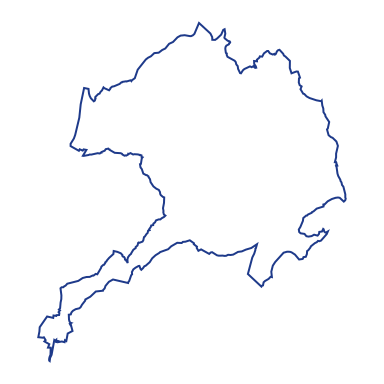 outline of Nicolás Bravo, Puebla, Mexico
{"feature_id": "50627088B2780893522991", "entity_name": "Nicolás Bravo", "entity_type": "district", "adm_level": 2, "iso_a3": "MEX", "parent_name": "Mexico", "parent_adm1": "Puebla", "projection": "natural_earth1", "projection_center": [-97.351, 18.613], "detail": "fine", "context": "isolated", "style": "outline", "palette": "blue", "viewbox_px": 384, "rotation_deg": 0, "n_neighbors": 0, "source": "geoboundaries", "source_scale": "gbopen_adm2", "svg_char_len": 5893}
<svg xmlns="http://www.w3.org/2000/svg" viewBox="0 0 384 384"><path d="M86.5,277.0L82.7,278.0L78.3,280.9L67.3,283.7L65.5,285.7L64.2,286.3L63.4,287.2L61.6,287.3L60.5,288.3L61.4,295.3L61.3,299.1L60.6,302.5L60.1,308.2L58.9,309.6L60.0,310.4L58.6,312.1L59.4,313.0L59.1,315.0L56.4,315.2L56.2,315.9L53.5,315.5L53.2,317.9L47.1,316.5L39.7,327.2L39.4,331.6L38.3,337.2L42.8,337.7L43.9,337.3L45.6,340.1L44.4,341.4L49.3,344.2L48.0,347.6L50.7,347.7L50.5,354.7L49.5,357.2L49.1,359.2L49.2,360.6L49.7,361.0L50.1,357.9L51.6,354.8L54.3,340.0L55.1,340.7L56.2,339.8L56.0,342.8L56.7,340.8L58.5,341.1L58.3,342.1L61.9,341.5L64.6,342.2L65.0,340.2L66.3,341.0L67.7,333.5L72.5,331.0L71.0,325.2L70.7,325.4L69.8,323.8L71.2,323.0L70.3,322.7L69.5,321.5L69.0,319.6L68.8,314.7L70.8,314.4L71.4,312.5L72.9,310.8L75.6,309.2L79.3,308.3L80.6,307.2L82.0,304.7L85.2,300.6L85.3,299.5L90.3,296.7L95.8,291.5L103.0,290.7L103.2,289.9L104.6,288.5L105.5,285.9L108.9,281.8L113.0,279.5L128.1,283.0L128.3,282.1L129.2,281.0L131.2,275.2L132.1,274.3L131.9,272.1L133.3,269.4L135.5,267.7L138.5,266.0L139.4,265.9L140.6,269.1L141.3,269.8L142.9,268.3L144.4,266.2L145.6,265.8L149.7,262.2L152.2,258.3L155.6,255.2L159.3,252.9L160.1,252.1L168.2,249.2L171.2,246.3L177.2,242.8L181.7,243.0L182.8,241.9L185.4,241.7L189.8,240.3L194.0,243.3L193.8,244.2L197.0,246.7L196.7,247.9L198.4,250.8L201.1,249.4L209.2,253.9L210.7,252.5L212.1,252.2L217.0,255.3L218.9,255.7L222.7,255.6L224.4,255.9L226.1,255.8L228.1,254.8L230.6,255.0L233.2,254.6L238.0,251.9L241.8,251.4L245.9,249.6L251.3,248.0L257.0,244.2L255.9,248.2L255.4,248.6L255.4,249.9L254.2,253.7L252.3,257.5L247.9,274.0L261.4,286.6L262.0,285.7L263.0,285.4L263.6,282.3L265.0,281.0L268.6,278.9L270.6,276.8L271.9,277.1L271.3,271.7L272.8,265.7L275.2,262.0L283.6,252.7L287.1,251.7L289.9,251.8L291.5,252.3L295.0,254.6L299.1,259.5L302.4,259.0L302.9,258.7L303.5,257.1L305.8,256.8L306.9,254.0L307.1,251.1L308.3,250.2L310.4,247.5L310.8,246.4L314.9,243.1L316.8,242.2L318.0,240.9L319.3,241.2L321.0,240.6L326.7,234.1L327.8,231.5L326.1,232.5L325.3,232.5L324.3,231.6L323.6,229.2L323.2,228.9L322.0,231.5L319.3,231.9L319.0,233.9L317.6,235.6L314.1,234.7L311.6,236.1L308.5,236.6L306.4,236.2L304.5,233.9L300.6,233.3L299.2,232.0L298.8,229.5L300.4,226.9L302.9,220.9L303.3,218.0L306.3,215.5L307.1,215.5L308.0,214.5L311.7,212.8L311.9,212.2L313.5,211.4L316.7,208.6L323.5,206.5L323.3,203.7L324.0,205.0L327.7,201.3L331.9,199.0L335.6,197.8L338.0,197.5L339.7,197.8L343.8,201.6L345.2,200.3L345.7,198.6L345.3,197.5L345.3,194.3L343.4,186.7L342.0,184.9L341.5,182.4L340.5,180.9L340.3,179.7L338.3,176.1L337.5,173.7L336.6,167.2L336.1,166.0L337.3,165.7L336.8,164.4L336.3,164.7L336.4,162.9L336.1,162.1L334.9,162.1L336.1,157.3L336.1,153.6L337.9,145.9L336.4,141.5L332.6,137.8L330.9,137.1L328.6,135.2L327.0,129.4L327.8,128.5L329.2,122.0L325.5,116.4L325.2,114.8L323.5,112.2L323.3,108.5L322.3,105.5L321.7,100.6L321.2,101.2L316.4,100.3L309.5,98.0L306.6,96.4L304.3,94.0L303.2,93.7L300.5,89.2L301.6,86.4L299.7,85.2L298.8,82.5L299.0,78.3L300.0,77.7L297.9,71.6L296.4,71.5L291.5,73.3L289.8,68.0L289.9,60.9L285.4,56.5L283.9,55.5L283.2,53.8L279.5,49.8L278.1,50.2L276.9,51.4L275.9,53.8L275.2,54.5L274.6,54.6L274.3,53.9L272.7,54.5L269.8,53.3L268.2,51.0L267.1,51.0L263.9,53.4L262.2,56.6L259.8,56.4L259.4,57.6L256.9,59.7L257.0,61.3L254.1,61.0L254.2,64.0L255.8,66.3L256.2,67.7L255.2,67.9L253.8,66.8L253.5,66.1L251.7,67.2L250.0,66.4L244.4,69.0L242.9,70.3L241.0,73.3L240.1,73.1L238.1,68.9L237.7,66.1L236.3,64.4L235.7,62.0L234.6,60.7L227.5,56.8L226.7,54.9L226.8,53.5L226.1,53.2L225.8,52.5L225.3,48.8L225.5,47.1L226.4,45.6L228.9,44.3L229.1,43.3L230.0,42.8L230.2,42.2L229.7,41.4L227.6,40.7L224.7,38.3L224.4,37.6L225.3,33.7L224.6,29.2L223.3,29.8L221.2,34.6L217.1,38.5L215.1,39.9L212.3,39.8L212.2,37.1L210.4,33.5L199.0,23.0L194.4,33.9L192.9,35.3L191.1,36.1L189.8,36.1L184.7,35.2L180.6,35.6L177.5,37.3L173.0,42.0L169.1,43.8L165.3,48.5L162.2,50.0L158.7,52.7L154.3,53.1L150.9,56.3L148.1,57.7L145.8,59.5L137.7,69.7L134.8,78.2L131.9,80.3L131.4,81.1L130.7,80.3L130.2,80.4L126.5,81.5L126.1,81.3L122.3,81.9L122.1,82.3L121.0,82.6L119.7,83.9L114.0,86.3L112.2,86.6L110.5,88.0L110.2,88.9L109.1,90.3L104.4,88.2L103.5,87.4L102.0,90.4L100.6,91.8L99.5,93.7L98.3,94.0L95.3,97.0L95.2,98.4L95.5,98.5L94.8,100.6L93.8,101.3L90.9,98.3L89.7,95.9L89.0,93.6L88.5,88.9L84.1,88.0L80.7,104.3L79.3,117.7L75.2,134.9L73.9,138.5L70.6,143.8L70.6,146.1L78.9,150.8L79.7,149.3L82.7,150.6L83.6,149.4L86.4,149.9L82.9,155.8L83.6,155.9L88.6,155.0L89.7,154.5L91.2,154.6L97.6,153.2L99.8,153.5L101.0,152.5L101.5,152.6L101.6,152.0L104.7,150.7L105.7,149.2L108.3,148.6L108.9,149.3L109.6,149.5L109.7,149.9L114.7,152.8L120.7,153.2L122.0,153.8L122.4,154.5L124.5,155.7L125.4,155.4L126.2,155.6L127.9,154.7L128.2,153.8L128.7,154.0L130.5,153.1L133.1,154.5L134.4,154.2L137.6,154.4L138.9,154.6L139.5,155.1L140.1,154.9L141.5,155.4L141.5,156.8L142.6,157.3L141.8,158.2L140.9,163.9L140.0,164.2L140.5,167.4L141.8,169.1L143.3,173.6L146.1,175.1L146.8,175.1L148.5,176.4L148.6,177.1L150.0,179.2L150.6,182.2L153.4,186.4L156.3,188.7L158.8,189.9L160.0,192.1L160.2,193.9L160.8,195.1L162.9,196.9L164.2,197.4L164.0,202.9L163.0,208.2L163.5,211.1L163.3,212.1L163.9,214.5L165.4,215.6L164.1,216.9L161.6,218.3L160.4,219.4L158.7,219.4L156.0,220.4L155.0,222.4L153.4,223.6L153.2,225.1L151.2,225.5L150.8,226.9L149.1,229.3L149.6,230.2L148.1,230.7L147.6,233.0L146.5,234.0L144.8,236.6L144.0,237.1L143.3,240.3L142.5,241.6L139.4,242.8L138.6,242.5L138.2,242.8L137.5,245.5L135.7,247.0L135.7,248.0L133.3,249.8L131.2,253.3L131.1,253.8L129.5,255.2L128.0,257.3L127.4,259.5L127.7,263.1L127.1,261.6L126.8,261.6L125.8,260.0L125.0,259.6L124.8,258.1L124.1,257.0L122.8,256.5L122.3,255.8L122.4,255.0L120.8,253.3L117.5,251.9L113.7,251.0L113.4,254.0L109.1,257.9L106.7,260.7L106.5,261.4L105.2,262.4L105.2,263.1L104.0,264.8L103.4,264.8L101.4,266.6L101.0,268.0L97.3,274.3L95.7,273.9L93.5,275.6L92.7,275.5L89.7,276.9L86.5,277.0Z" fill="none" stroke="#1e3a8a" stroke-width="2"/></svg>